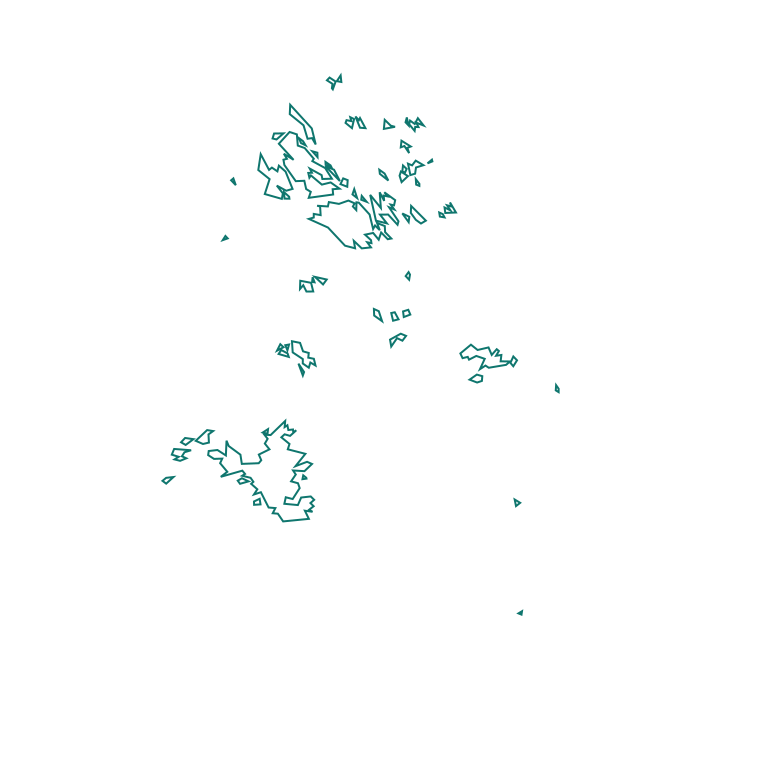 Kepulauan Anambas, Kepulauan Riau, Indonesia (Mercator projection), rotated 312°
{"feature_id": "22746128B99951880476592", "entity_name": "Kepulauan Anambas", "entity_type": "district", "adm_level": 2, "iso_a3": "IDN", "parent_name": "Indonesia", "parent_adm1": "Kepulauan Riau", "projection": "mercator", "projection_center": [106.153, 2.904], "detail": "fine", "context": "isolated", "style": "outline", "palette": "teal", "viewbox_px": 768, "rotation_deg": 312, "n_neighbors": 0, "source": "geoboundaries", "source_scale": "gbopen_adm2", "svg_char_len": 6227}
<svg xmlns="http://www.w3.org/2000/svg" viewBox="0 0 768 768"><g transform="rotate(312 384 384)"><path d="M216.9,298.6L213.5,300.9L214.6,307.8L220.3,313.7L215.5,315.2L213.9,326.3L205.8,324.8L224.8,336.7L224.2,340.9L220.9,340.0L225.0,347.6L223.9,352.4L220.9,352.1L221.0,360.3L214.9,361.3L221.2,364.9L215.0,380.9L219.1,386.3L213.5,387.8L216.6,391.9L214.4,401.0L233.5,418.4L236.9,410.0L241.2,416.4L240.5,412.5L246.1,413.5L246.3,409.0L251.2,409.6L251.4,404.8L244.2,398.4L236.4,401.0L228.3,390.1L234.1,386.8L237.4,393.1L250.2,391.0L252.7,386.5L249.5,380.1L257.7,379.0L258.9,374.3L266.0,383.2L276.4,384.0L274.7,378.9L263.7,373.2L279.5,372.3L271.1,356.2L276.2,353.9L275.7,343.4L280.1,343.8L282.6,348.9L290.9,349.8L287.5,348.8L289.3,346.8L285.8,343.7L288.7,339.8L285.5,339.0L290.4,335.3L270.2,333.9L266.3,329.1L265.4,334.2L260.0,335.3L258.8,342.6L247.8,338.2L245.2,343.8L241.3,343.9L229.5,331.8L235.4,324.6L234.0,310.1L236.5,304.9L225.1,314.3L223.5,304.4L216.9,298.6ZM478.4,223.5L471.7,215.0L473.2,217.7L467.1,223.9L463.4,218.0L460.7,220.4L456.4,217.7L462.8,237.7L460.7,262.5L465.5,271.7L470.2,265.8L469.9,276.7L476.8,282.9L478.1,276.7L480.3,280.4L482.2,278.1L482.3,270.0L489.0,274.9L487.7,283.5L494.7,280.5L494.1,289.9L497.0,292.1L497.6,283.2L501.9,278.9L499.0,271.1L495.5,277.9L495.8,271.3L491.9,272.2L500.3,259.9L501.9,243.9L500.6,242.0L494.7,247.0L495.1,242.1L498.6,241.3L496.5,234.8L487.7,230.0L482.3,221.3L478.4,223.5ZM508.1,145.2L492.2,145.1L490.1,166.8L488.1,155.5L486.4,161.2L483.4,159.2L480.1,163.4L475.7,182.7L481.7,188.8L476.8,195.7L477.8,201.0L472.0,203.5L490.8,219.4L494.4,215.5L499.4,220.3L498.1,209.5L490.6,204.4L490.1,190.1L487.4,190.5L490.2,186.5L492.8,189.1L494.4,184.7L497.5,197.9L495.1,201.0L501.7,207.9L505.1,195.8L501.7,181.6L504.4,181.1L506.3,167.2L503.5,160.4L511.2,152.2L508.1,145.2ZM472.3,138.6L458.9,147.4L459.7,161.9L445.4,168.3L453.2,184.2L458.0,181.3L459.7,171.6L462.2,182.0L467.8,185.5L476.0,168.7L475.9,159.8L470.7,162.5L469.8,155.9L466.2,155.3L472.3,138.6ZM471.4,422.3L457.8,420.3L455.8,425.1L460.2,428.1L459.0,430.9L466.6,433.8L470.1,442.0L459.3,445.4L465.6,447.1L466.2,451.0L479.9,461.9L485.1,462.6L478.9,455.5L484.1,451.8L480.0,448.4L485.4,447.3L485.3,444.5L477.7,444.6L481.1,437.2L471.9,430.8L471.4,422.3ZM512.7,263.9L515.3,247.2L500.0,268.7L505.3,278.7L507.2,267.7L512.7,273.7L511.4,287.5L514.6,285.9L518.7,269.5L520.6,274.8L521.8,268.9L523.5,271.9L528.1,269.3L526.7,256.0L525.8,261.1L523.8,257.7L520.2,261.6L523.6,252.5L512.7,263.9ZM354.2,287.0L346.4,295.0L348.2,307.0L344.9,309.9L345.8,317.2L350.7,314.9L351.9,320.7L355.8,315.0L352.9,310.1L356.7,307.3L354.1,302.0L358.4,294.1L354.2,287.0ZM528.7,127.5L521.5,133.4L522.4,151.1L515.1,163.1L518.6,166.0L516.3,173.0L525.6,159.3L528.7,127.5ZM231.4,283.4L215.8,282.1L218.3,289.6L223.3,293.1L229.1,287.3L234.7,288.5L231.4,283.4ZM195.3,271.5L189.5,273.6L192.5,280.1L187.8,278.8L190.5,283.9L196.5,286.8L195.1,282.2L199.8,281.4L205.7,285.0L195.3,271.5ZM563.8,254.4L556.9,263.8L561.1,266.4L566.3,262.9L573.0,266.9L571.2,258.1L565.3,258.6L563.8,254.4ZM404.7,252.7L398.4,258.0L403.4,257.9L400.8,264.5L405.4,269.5L410.4,262.1L404.7,252.7ZM534.5,285.0L529.1,289.4L527.3,297.8L528.0,304.1L533.4,305.8L534.5,285.0ZM432.6,362.8L421.0,358.8L416.7,364.3L426.8,363.0L428.5,368.7L434.5,368.2L432.6,362.8ZM597.2,227.1L593.9,228.9L592.6,237.4L595.9,235.2L598.0,237.7L599.8,233.1L602.6,240.5L604.2,231.3L597.8,232.9L597.2,227.1ZM559.0,311.3L557.5,317.1L555.7,310.9L552.1,315.1L559.6,322.7L563.1,311.6L560.9,315.1L559.0,311.3ZM444.5,444.7L447.4,452.2L451.8,454.7L455.6,451.8L453.1,446.7L444.5,444.7ZM423.3,271.5L417.4,261.0L417.2,272.1L423.3,271.5ZM496.6,134.7L491.9,136.9L493.8,140.5L503.0,141.6L496.6,134.7ZM509.8,203.5L506.7,194.6L505.3,215.4L509.8,203.5ZM433.0,326.3L428.3,330.9L429.4,340.5L434.6,331.4L433.0,326.3ZM580.8,207.8L573.5,213.2L582.5,220.1L580.5,216.2L580.8,207.8ZM559.7,180.4L557.5,183.8L555.0,179.6L552.3,180.7L552.7,189.0L560.9,184.5L559.7,180.4ZM210.8,272.3L204.9,272.2L206.0,277.4L215.5,279.3L210.8,272.3ZM578.4,245.0L576.5,234.2L571.1,238.1L574.5,239.9L572.4,248.2L575.1,243.3L578.4,245.0ZM563.7,183.8L558.4,194.7L561.7,199.0L565.6,188.2L563.3,188.8L563.7,183.8ZM553.2,254.4L549.2,256.2L545.8,262.0L554.5,262.7L553.2,254.4ZM163.8,284.2L164.2,288.8L174.0,289.8L168.5,284.9L163.8,284.2ZM441.6,341.9L437.1,348.4L441.8,351.5L444.5,344.0L441.6,341.9ZM214.3,340.0L213.5,343.8L221.0,348.5L218.9,341.5L214.3,340.0ZM450.7,349.6L447.0,353.9L453.2,357.1L455.4,352.4L450.7,349.6ZM509.5,216.1L503.4,217.9L506.0,224.7L511.2,220.6L509.5,216.1ZM340.5,284.9L335.8,285.6L340.4,295.1L342.2,291.9L340.5,284.9ZM209.7,366.0L207.3,368.3L211.9,372.8L215.5,368.4L209.7,366.0ZM491.0,461.7L484.3,463.8L483.7,468.2L490.6,467.0L491.0,461.7ZM575.3,138.5L571.5,138.4L572.6,144.9L568.9,147.4L568.7,148.8L576.4,145.7L575.3,138.5ZM459.7,181.3L455.2,186.0L458.4,189.7L459.7,188.2L459.7,181.3ZM339.4,316.6L341.9,306.8L336.0,318.0L339.4,316.6ZM540.1,237.2L537.4,240.3L538.1,251.1L540.8,243.6L540.1,237.2ZM504.2,239.6L508.9,231.5L503.8,233.7L504.2,239.6ZM525.2,290.9L523.0,283.5L520.8,294.0L525.2,290.9ZM559.1,251.9L554.2,255.4L555.2,258.1L559.0,256.9L559.1,251.9ZM507.8,249.2L508.9,241.6L505.7,243.8L507.8,249.2ZM344.2,280.3L337.2,282.2L344.1,284.7L344.2,280.3ZM548.4,310.3L545.8,313.5L548.3,317.5L549.6,314.0L548.4,310.3ZM386.8,564.7L385.6,558.4L381.6,563.8L386.8,564.7ZM511.3,179.7L509.0,175.1L508.1,182.8L511.3,179.7ZM387.9,167.1L383.0,167.9L387.6,170.4L387.9,167.1ZM483.6,327.4L478.7,327.9L478.3,332.9L482.7,330.1L483.6,327.4ZM272.9,328.0L266.9,326.4L269.1,330.7L272.9,328.0ZM508.9,166.0L510.3,161.4L509.8,156.1L507.5,161.1L508.9,166.0ZM584.3,145.3L577.5,146.3L579.9,150.2L584.3,145.3ZM432.6,140.8L436.0,134.5L433.1,134.1L432.6,140.8ZM509.9,191.9L507.8,194.0L510.1,199.5L510.7,198.0L509.9,191.9ZM349.8,287.0L346.8,284.7L344.4,289.7L349.8,287.0ZM557.5,270.6L553.7,274.5L554.9,277.7L556.4,276.4L557.5,270.6ZM597.4,222.6L592.9,224.9L592.6,229.0L597.4,222.6ZM307.5,638.6L303.5,637.4L304.6,640.5L307.5,638.6ZM498.3,512.7L494.2,515.9L494.8,519.2L497.3,517.0L498.3,512.7ZM262.1,385.1L258.7,387.1L261.8,389.7L262.3,389.0L262.1,385.1ZM582.8,269.5L577.1,268.7L581.8,271.0L582.8,269.5ZM413.1,264.3L415.6,259.5L411.8,262.3L413.1,264.3Z" fill="none" stroke="#0f766e" stroke-width="2"/></g></svg>